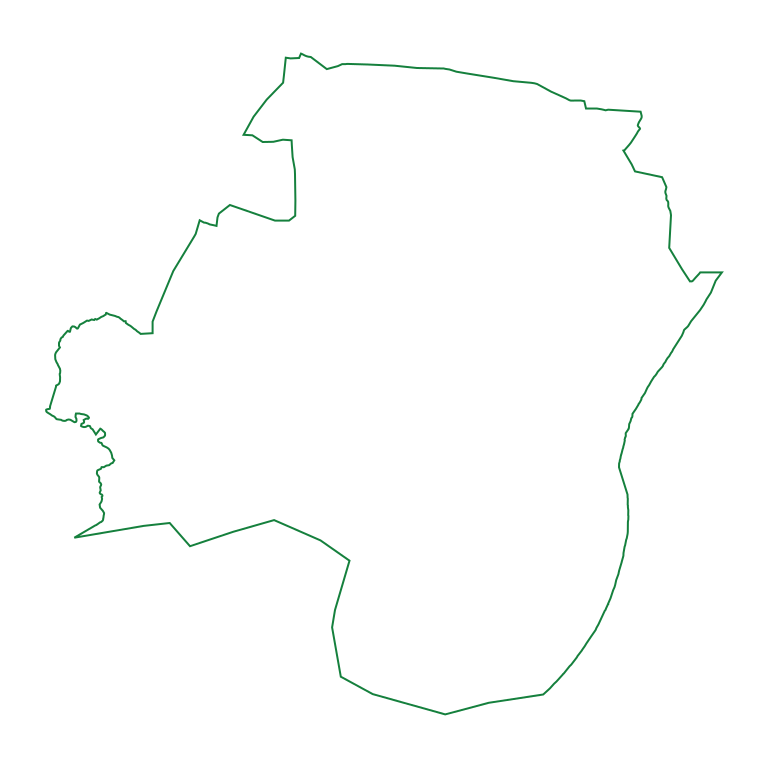 Keta Municipal, Volta, Ghana (Mercator projection)
{"feature_id": "2480657B20833842549797", "entity_name": "Keta Municipal", "entity_type": "district", "adm_level": 2, "iso_a3": "GHA", "parent_name": "Ghana", "parent_adm1": "Volta", "projection": "mercator", "projection_center": [0.862, 5.938], "detail": "fine", "context": "isolated", "style": "outline", "palette": "green", "viewbox_px": 768, "rotation_deg": 0, "n_neighbors": 0, "source": "geoboundaries", "source_scale": "gbopen_adm2", "svg_char_len": 5951}
<svg xmlns="http://www.w3.org/2000/svg" viewBox="0 0 768 768"><path d="M301.0,53.6L299.1,58.0L290.6,58.4L285.8,57.7L283.9,75.7L283.1,82.7L266.7,99.6L253.6,116.7L243.6,134.8L252.4,135.3L262.7,142.0L273.3,141.8L282.9,139.7L291.6,140.3L291.8,144.6L292.6,157.1L294.8,169.4L295.0,174.2L295.4,200.6L295.2,215.8L289.0,220.6L275.0,220.6L229.9,205.0L218.9,213.6L217.5,217.4L216.5,225.9L214.1,225.3L209.7,224.4L207.9,223.5L205.4,222.7L204.0,222.6L199.7,220.3L195.7,233.9L194.4,236.2L173.3,271.0L156.5,311.5L152.6,321.6L152.6,333.2L140.6,333.9L139.5,332.9L136.9,331.1L136.2,330.3L135.0,329.4L134.2,329.0L131.1,326.4L130.1,325.7L128.4,324.8L125.9,323.0L125.6,321.2L123.9,321.3L122.4,320.0L120.4,318.6L119.6,317.8L118.5,317.1L117.1,316.8L114.9,315.9L109.7,314.6L106.4,312.9L106.1,313.0L105.7,314.6L104.4,315.3L103.5,316.0L101.3,316.9L98.9,318.5L98.0,318.9L96.8,319.6L95.2,319.0L94.2,320.0L91.6,319.5L88.7,320.9L87.0,320.6L83.2,323.0L79.9,324.6L78.2,327.8L77.8,328.4L77.1,328.6L76.9,328.5L75.3,327.1L74.1,326.5L72.4,326.4L71.3,327.5L70.9,328.1L70.6,329.0L70.1,331.3L69.8,331.8L69.0,331.6L68.0,330.9L67.6,330.9L63.4,335.6L62.8,336.9L61.6,337.5L60.6,338.9L60.4,339.4L60.3,340.6L59.2,342.3L59.0,343.0L59.0,345.8L59.9,347.5L56.0,352.4L55.4,353.8L55.1,355.0L55.3,359.1L55.6,360.0L56.6,362.4L57.6,364.0L57.9,364.9L59.5,367.9L60.0,368.9L60.1,369.7L60.3,370.6L60.1,373.1L59.7,373.9L59.9,375.9L60.1,377.1L60.0,381.3L59.3,383.2L58.9,383.9L58.0,384.6L56.2,385.5L56.0,385.9L56.1,386.4L50.0,406.5L50.1,406.9L49.8,408.7L49.4,408.9L47.4,409.2L46.3,409.6L46.1,409.9L46.3,411.4L46.5,411.7L47.0,412.2L48.2,413.0L50.2,414.2L52.3,415.7L53.6,416.2L54.7,417.0L56.5,419.1L57.4,419.3L60.2,419.7L61.0,419.8L62.4,420.6L64.1,420.9L65.4,420.8L66.3,420.4L66.7,420.0L67.7,419.7L68.7,419.5L70.4,419.8L74.1,422.0L74.6,422.2L75.6,422.0L76.1,421.7L76.5,420.8L76.4,418.8L75.5,417.0L75.7,414.6L76.0,413.5L79.4,413.5L81.0,414.0L84.0,414.4L86.7,415.4L87.6,416.0L88.9,417.5L88.8,418.1L88.1,418.8L86.2,418.6L83.7,420.0L84.1,421.9L84.0,422.5L83.5,423.0L81.5,423.9L81.0,425.9L81.5,426.3L82.4,426.7L84.0,427.1L85.7,426.9L87.9,425.7L89.7,426.0L90.0,426.2L90.2,426.7L90.7,427.9L91.0,428.3L92.6,429.3L95.9,434.5L100.3,428.7L101.2,429.2L102.3,430.2L102.7,430.7L104.3,432.0L105.0,432.9L105.1,434.5L105.0,435.6L103.7,437.1L103.3,437.4L101.0,438.0L98.4,439.2L98.0,439.9L98.2,441.4L98.4,441.6L100.0,442.7L101.4,442.9L101.7,443.4L102.5,445.2L103.0,445.7L106.7,447.4L108.5,448.6L109.5,449.7L111.2,452.7L112.0,455.5L112.3,457.9L114.3,460.3L112.6,463.0L111.4,463.3L110.3,464.1L109.3,465.1L108.4,465.3L106.4,465.6L103.8,467.2L102.5,467.1L101.6,467.1L101.5,467.3L101.0,468.7L100.5,469.0L98.2,470.0L97.6,470.3L97.1,471.1L96.9,473.4L97.3,474.6L99.0,476.8L99.3,477.8L99.1,480.9L99.1,481.7L100.8,483.4L101.2,484.5L101.0,485.4L100.7,485.9L100.2,487.0L100.2,487.6L100.7,490.3L99.9,492.2L99.7,492.8L99.9,493.3L100.3,493.8L100.9,494.2L101.9,494.6L102.4,495.3L102.4,495.8L102.2,496.4L101.7,496.9L101.8,497.8L102.0,498.3L102.1,498.9L101.5,501.5L99.6,504.5L100.1,507.7L102.9,510.9L104.1,513.1L103.9,514.7L103.7,515.4L103.4,518.0L103.2,518.3L103.2,519.1L103.0,520.0L102.7,520.6L101.3,521.9L101.1,522.0L100.0,522.4L97.1,524.5L96.8,524.6L96.4,525.0L95.3,525.4L74.3,537.7L143.6,525.9L169.7,523.0L190.0,546.2L233.5,531.7L274.1,520.1L320.5,540.4L349.5,560.7L335.0,610.0L332.1,627.4L340.8,676.7L372.7,694.1L445.2,714.4L488.7,702.8L543.2,694.5L549.9,688.4L554.1,683.7L556.5,681.5L562.8,674.5L563.1,674.0L563.7,673.6L569.6,666.2L571.2,664.7L576.8,657.4L577.5,656.1L581.9,650.4L582.2,649.8L584.8,646.1L586.3,643.6L591.3,636.2L595.6,630.0L596.5,627.8L598.4,624.5L604.7,610.9L605.5,609.9L606.1,608.3L607.9,604.4L608.1,604.3L608.0,604.0L610.5,598.3L613.2,590.1L614.5,587.2L615.2,584.8L616.2,580.1L618.4,574.2L619.1,570.8L621.7,562.1L621.7,561.9L623.4,555.8L623.5,553.1L624.6,546.7L625.1,545.4L626.2,539.7L626.7,538.5L627.6,533.9L627.8,531.8L627.9,522.2L628.0,521.1L628.3,519.7L628.4,515.8L628.2,515.4L628.3,510.2L627.9,507.3L627.9,505.3L627.7,504.9L627.8,498.6L627.6,497.7L627.5,494.5L619.0,467.3L619.1,463.5L619.8,461.2L619.8,460.4L620.4,458.5L620.8,456.0L621.0,455.5L621.2,454.3L621.4,454.1L622.6,449.3L623.2,447.6L623.3,446.7L624.0,444.3L624.8,440.5L624.6,439.7L624.9,438.5L625.2,437.3L625.6,436.8L625.8,435.9L625.7,433.5L625.8,433.0L628.1,429.7L628.3,429.1L628.7,428.8L629.0,427.1L629.2,424.1L630.6,421.1L631.3,418.2L632.1,417.3L632.4,416.1L632.5,413.8L635.9,408.9L638.5,404.5L638.5,404.2L639.8,402.4L641.2,399.8L641.5,398.8L641.5,398.0L645.0,393.0L646.5,389.6L647.6,387.3L649.2,385.0L651.1,381.5L654.0,376.9L655.3,375.6L656.4,374.1L657.8,371.7L661.4,367.8L661.8,367.4L662.8,366.1L663.5,364.4L664.1,363.5L665.4,361.9L666.2,360.2L667.6,358.0L669.2,356.2L671.2,352.7L671.7,352.2L672.6,350.6L673.1,349.4L681.8,335.8L683.3,332.4L684.0,330.2L684.4,329.6L687.3,327.0L688.2,326.0L691.1,321.2L700.0,310.2L703.3,305.3L703.8,304.5L705.7,301.0L706.4,299.5L710.9,292.6L715.7,280.7L721.9,272.4L700.2,272.4L699.3,273.6L695.7,277.5L692.8,280.8L691.8,281.4L690.6,281.3L690.0,281.4L682.0,269.2L669.2,247.9L671.0,215.2L670.8,213.9L670.3,210.9L668.7,207.8L668.3,206.6L668.2,205.4L668.3,204.4L668.2,202.1L667.9,201.4L667.4,200.7L666.8,200.2L666.5,199.5L666.3,198.6L666.5,195.8L665.5,193.2L665.3,191.9L665.5,190.7L666.0,189.2L666.4,187.1L662.1,177.2L635.0,171.4L631.7,164.4L623.4,150.5L624.5,150.2L629.3,144.7L630.9,142.7L634.9,136.6L636.8,133.6L638.0,131.4L639.8,129.1L640.0,128.8L639.6,127.8L638.3,126.5L637.9,125.8L637.8,125.3L638.1,124.3L638.9,122.3L641.2,118.5L641.6,117.5L641.7,116.0L640.6,111.7L608.2,109.7L605.6,110.3L603.7,109.8L601.5,109.3L596.7,108.5L586.0,108.5L584.3,101.2L580.6,100.5L570.8,100.6L569.4,100.2L565.9,98.3L551.0,91.6L537.1,84.0L534.5,83.3L531.2,82.8L513.3,81.2L493.9,77.8L467.7,73.6L456.4,71.7L449.5,69.5L445.5,68.9L443.8,68.5L417.0,68.0L394.6,65.7L367.8,64.5L347.1,63.9L345.7,64.1L342.2,64.1L337.9,66.1L326.8,69.1L310.8,57.0L308.4,56.7L306.5,56.2L304.6,55.4L302.4,54.2L301.0,53.6Z" fill="none" stroke="#15803d" stroke-width="2"/></svg>